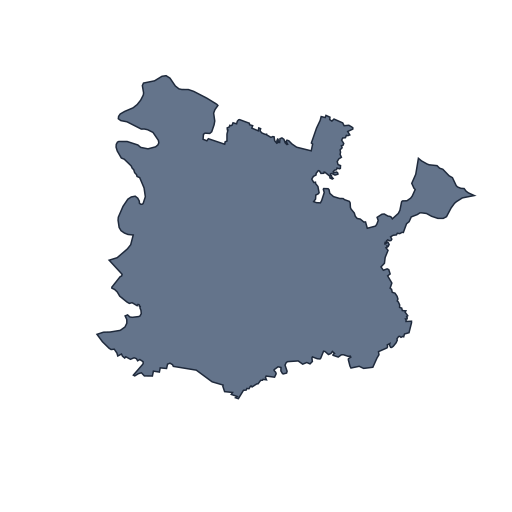 Chuong My, Ha Noi, Vietnam, rotated 202°
{"feature_id": "81297802B99190294686821", "entity_name": "Chuong My", "entity_type": "district", "adm_level": 2, "iso_a3": "VNM", "parent_name": "Vietnam", "parent_adm1": "Ha Noi", "projection": "orthographic", "projection_center": [105.643, 20.878], "detail": "fine", "context": "isolated", "style": "filled", "palette": "slate", "viewbox_px": 512, "rotation_deg": 202, "n_neighbors": 0, "source": "geoboundaries", "source_scale": "gbopen_adm2", "svg_char_len": 6129}
<svg xmlns="http://www.w3.org/2000/svg" viewBox="0 0 512 512"><g transform="rotate(202 256 256)"><path d="M374.1,123.8L366.3,119.0L357.6,115.4L355.3,115.0L352.5,116.5L348.6,113.9L346.7,111.5L344.0,114.7L342.3,113.1L339.5,112.2L339.0,113.8L333.7,113.2L330.9,116.0L328.4,116.0L326.5,114.5L324.9,116.5L321.1,115.7L320.3,114.0L320.6,112.7L325.1,99.6L323.5,99.4L321.0,102.8L318.5,104.8L314.6,103.0L307.1,105.9L308.0,110.8L302.1,112.2L302.9,116.4L296.8,118.2L297.5,122.6L295.6,124.4L292.7,124.0L291.3,122.7L268.6,127.8L249.6,122.9L238.2,124.0L237.9,122.7L234.3,118.5L226.6,120.7L227.1,118.4L220.9,118.7L221.9,116.9L218.9,117.1L217.3,126.8L214.9,128.0L214.8,129.8L212.8,130.3L212.3,133.3L211.5,133.7L210.6,133.1L207.4,137.7L206.2,138.3L205.1,142.4L203.4,143.3L203.2,144.3L199.9,145.1L201.7,146.9L201.6,148.5L193.4,150.6L193.2,154.3L194.1,155.5L196.3,156.6L196.6,157.4L194.0,161.6L191.1,162.0L189.9,158.8L187.4,156.9L186.5,156.9L183.8,158.9L184.0,160.8L188.2,165.7L188.1,168.2L187.3,169.8L177.6,174.5L172.2,173.2L169.0,176.3L165.5,176.2L164.2,179.3L165.9,182.3L165.9,183.6L160.8,183.7L158.1,184.5L157.7,185.5L157.7,193.0L156.2,193.3L151.9,191.8L150.0,193.7L149.4,196.1L146.7,195.1L147.6,193.6L147.4,192.8L141.9,193.1L139.8,196.4L138.0,197.2L133.0,197.5L131.0,198.5L130.2,197.7L131.8,195.5L131.6,194.5L127.7,189.2L126.0,187.7L119.0,192.4L114.1,192.1L106.0,196.6L105.6,206.8L105.0,210.5L106.6,213.2L100.1,219.9L100.0,221.0L101.0,222.8L99.1,225.0L98.9,223.5L97.0,221.7L96.0,222.0L94.9,223.7L93.6,228.0L93.5,230.8L94.3,232.1L93.6,234.8L92.6,235.4L91.1,234.9L89.8,236.4L88.8,236.4L89.1,239.3L85.4,242.2L86.8,252.4L87.4,253.8L92.4,251.5L92.8,252.8L93.8,253.6L92.4,254.3L92.6,255.3L93.6,256.1L92.9,257.4L96.7,259.8L96.5,261.3L99.9,260.2L101.4,262.3L103.6,262.1L104.5,264.5L106.8,266.7L108.2,267.2L108.3,269.3L110.1,271.5L113.2,273.6L116.1,273.4L117.8,275.9L119.6,276.4L119.9,281.8L126.5,286.9L124.9,289.6L127.8,293.1L129.6,293.2L132.6,290.5L136.0,292.7L134.2,297.4L135.7,303.0L135.7,310.7L138.6,312.3L137.5,313.6L138.3,314.3L137.0,314.7L136.9,316.6L138.8,318.2L139.7,317.5L140.3,315.8L141.1,315.5L141.4,317.1L139.7,318.1L140.6,318.9L140.0,320.3L137.7,320.2L136.6,321.0L136.4,322.5L138.4,324.2L136.6,326.6L133.7,328.2L133.5,330.0L131.1,330.6L129.4,332.7L128.2,333.0L128.5,342.3L126.9,345.2L126.7,350.4L121.9,354.9L120.2,357.4L118.5,358.1L113.8,359.3L108.1,358.6L101.4,359.0L96.5,361.0L94.1,363.8L93.1,373.6L91.7,379.2L90.5,381.5L86.4,387.2L76.3,393.8L82.8,394.1L85.5,394.8L88.3,396.5L91.4,395.5L95.0,395.5L96.7,396.2L103.2,402.2L107.0,402.7L115.3,406.4L118.7,406.2L122.0,407.6L129.7,405.4L132.1,405.4L138.2,406.2L142.0,407.4L138.5,391.6L138.8,381.7L134.9,378.0L133.3,377.3L133.6,370.0L134.3,367.5L136.8,363.7L140.9,361.9L141.3,360.7L139.7,352.3L140.0,348.8L143.5,341.5L145.1,342.7L146.8,342.9L148.5,342.4L152.8,343.0L154.9,341.9L158.2,337.2L156.0,334.7L155.9,330.7L156.4,328.5L163.2,323.4L167.2,328.6L168.8,327.9L173.2,329.3L176.2,328.7L178.8,330.0L181.0,332.7L185.4,335.1L186.6,336.3L188.6,340.5L189.9,341.6L195.0,341.4L196.8,341.9L199.9,340.7L206.4,340.1L211.0,341.7L213.2,344.9L214.4,345.4L218.5,343.9L218.6,343.1L216.5,340.4L215.9,331.9L216.2,329.4L219.9,328.1L222.9,328.0L222.1,331.1L223.4,334.9L221.5,337.1L221.2,338.3L224.6,343.6L227.9,345.5L228.5,346.7L230.0,345.8L233.1,348.2L232.6,351.3L230.7,353.6L231.2,355.2L230.2,358.5L229.0,358.6L226.7,356.9L224.1,358.1L224.3,359.3L223.5,359.5L217.4,357.6L216.7,356.1L214.1,355.9L213.5,356.8L215.4,357.6L216.0,358.7L217.2,359.0L217.7,360.0L216.7,360.9L213.1,360.6L210.7,362.5L211.2,363.5L212.6,364.1L215.3,362.3L216.0,362.8L215.4,364.9L213.7,366.2L213.8,367.9L211.3,368.1L210.6,368.8L211.5,371.5L214.2,371.5L216.1,374.0L215.6,377.1L213.8,379.5L216.1,381.7L216.5,383.9L217.8,385.9L216.7,388.6L218.1,390.2L216.8,391.3L216.8,393.2L220.0,395.5L219.8,397.9L217.4,399.2L217.4,401.7L215.9,402.0L214.4,403.4L217.6,405.8L213.8,409.9L214.2,411.1L215.5,411.5L218.9,412.0L223.1,409.8L225.5,411.9L235.0,412.2L236.2,409.5L238.8,410.1L239.4,412.4L243.8,412.6L243.7,410.3L247.8,409.7L247.3,405.8L247.8,397.3L247.0,381.5L245.4,381.0L244.2,374.2L259.1,372.1L264.5,373.3L268.7,375.1L270.7,375.0L271.0,373.6L268.5,371.4L269.2,370.9L271.4,371.9L273.8,374.6L276.2,375.2L277.7,373.7L276.6,370.1L277.9,369.8L279.2,372.5L279.8,372.5L279.8,370.6L278.5,368.9L279.0,368.3L281.9,369.9L283.9,373.3L285.2,373.0L286.6,371.6L291.4,372.3L291.8,372.9L293.0,372.2L296.7,372.3L299.1,373.5L299.4,375.8L301.4,375.8L300.8,372.9L307.8,373.0L307.9,375.6L311.1,375.3L311.9,376.6L322.3,376.3L323.1,375.8L323.8,374.0L323.5,371.3L327.2,370.9L327.2,368.4L328.1,367.4L329.2,367.4L329.2,365.5L330.7,364.0L329.8,362.2L329.2,362.3L328.6,358.2L326.0,351.7L327.4,350.3L326.9,347.9L344.1,346.9L344.7,344.4L348.8,344.4L350.3,349.2L349.3,350.8L344.8,352.3L343.6,354.6L344.0,361.9L344.8,365.7L348.8,372.6L348.9,376.3L347.7,381.3L349.3,382.0L360.5,383.9L375.4,385.3L381.1,385.0L387.1,382.6L390.0,382.1L394.5,383.4L402.4,388.7L406.9,389.5L410.5,387.4L415.7,380.4L425.1,374.2L425.2,371.4L421.3,365.1L420.8,363.0L421.3,357.3L422.9,351.9L425.5,347.3L431.9,340.9L435.1,336.8L435.7,334.0L435.1,331.7L432.1,330.9L425.9,332.1L409.9,330.7L407.2,331.9L403.7,332.5L397.8,332.0L389.9,326.7L388.5,324.5L388.6,322.2L390.0,319.6L396.3,314.9L403.6,313.5L407.1,314.7L418.3,313.9L426.1,310.8L427.1,309.7L427.4,307.2L426.5,304.5L424.0,301.4L417.6,296.4L414.4,296.4L405.5,292.8L403.5,290.9L401.8,290.3L399.7,287.8L397.3,286.7L396.1,285.2L393.2,285.1L385.3,277.2L380.8,269.5L380.3,262.3L380.9,261.4L382.1,260.8L383.8,261.2L384.8,263.2L387.3,265.3L390.4,266.2L393.8,264.0L396.1,260.7L397.9,252.3L398.2,240.4L397.3,237.5L393.6,231.2L390.6,228.9L386.7,228.0L382.8,228.0L377.7,229.5L376.4,219.5L377.9,214.4L384.1,202.4L390.6,197.1L373.3,188.9L373.1,187.1L374.2,186.0L378.0,173.1L377.6,172.2L374.5,172.0L371.2,170.7L367.3,167.7L358.5,165.0L355.7,164.6L353.4,166.3L347.6,165.4L347.3,166.9L345.9,166.9L345.4,165.8L344.4,165.9L344.2,164.5L342.3,162.5L340.8,159.6L341.1,156.9L342.1,155.9L347.7,152.8L350.1,152.2L353.0,153.3L354.9,151.4L352.0,148.7L350.6,145.3L350.9,141.1L354.0,136.2L362.9,130.8L368.9,128.2L374.1,123.8Z" fill="#64748b" stroke="#1e293b" stroke-width="1.5"/></g></svg>